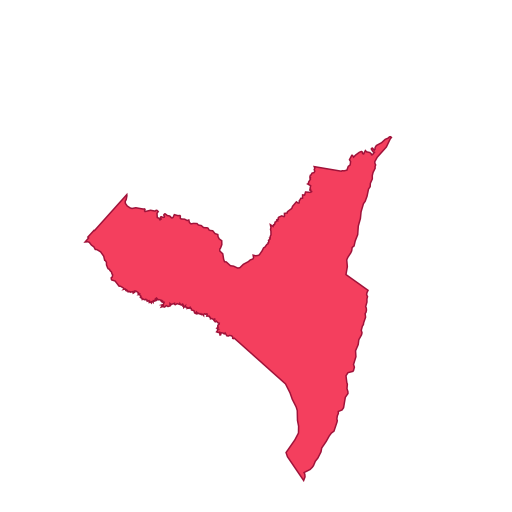 Juan B. Alberdi, Tucumán, Argentina (Robinson projection), rotated 210°
{"feature_id": "61730980B38664240857483", "entity_name": "Juan B. Alberdi", "entity_type": "district", "adm_level": 2, "iso_a3": "ARG", "parent_name": "Argentina", "parent_adm1": "Tucumán", "projection": "robinson", "projection_center": [-65.664, -27.636], "detail": "fine", "context": "isolated", "style": "filled", "palette": "rose", "viewbox_px": 512, "rotation_deg": 210, "n_neighbors": 0, "source": "geoboundaries", "source_scale": "gbopen_adm2", "svg_char_len": 6165}
<svg xmlns="http://www.w3.org/2000/svg" viewBox="0 0 512 512"><g transform="rotate(210 256 256)"><path d="M411.0,182.7L408.8,184.2L407.2,184.5L404.1,183.2L400.9,182.8L398.5,181.3L396.9,182.0L392.6,181.9L387.8,179.7L384.9,176.6L384.4,176.8L382.4,175.8L381.0,173.5L378.5,171.5L377.5,171.0L376.2,171.2L375.2,170.4L373.2,169.9L371.8,168.5L370.7,168.0L370.0,165.9L370.5,164.7L369.6,163.5L368.9,163.1L365.6,163.9L359.5,161.4L358.1,162.1L355.0,162.0L353.7,161.7L353.9,161.0L352.8,162.0L351.8,161.3L351.7,161.9L350.8,161.9L350.3,161.2L349.8,161.6L348.8,161.0L348.2,161.9L346.8,161.8L346.6,162.4L346.1,162.4L345.0,163.5L344.2,163.5L344.4,163.0L343.8,162.4L342.9,164.2L343.7,164.9L342.6,165.6L339.5,165.4L339.3,164.6L338.0,164.9L338.4,163.8L337.5,164.3L335.7,163.7L335.6,161.8L335.5,162.7L335.0,162.9L334.4,162.2L333.7,162.4L332.9,161.6L332.8,162.2L330.6,162.4L329.8,163.4L329.2,163.0L328.1,163.3L327.6,162.5L326.4,163.8L326.0,163.3L325.5,163.5L325.2,162.4L324.1,163.3L323.2,163.1L323.7,164.1L322.9,164.8L321.9,164.4L322.5,166.0L321.2,166.2L321.0,166.6L321.6,166.8L321.5,167.6L320.3,167.4L319.8,168.4L320.7,169.2L321.5,169.0L321.2,169.9L318.7,169.2L318.0,169.8L315.7,170.3L315.8,169.6L315.0,169.4L314.6,169.9L314.1,169.3L313.8,170.0L313.2,169.6L312.4,170.0L312.0,167.7L313.2,166.4L311.6,166.9L310.9,166.2L312.5,165.1L312.5,164.5L311.7,165.4L309.6,166.1L308.9,168.2L307.0,168.2L305.4,169.9L305.3,170.7L306.3,171.0L306.8,171.9L305.2,171.7L303.0,174.2L302.7,173.5L301.6,173.4L300.5,175.3L298.0,175.9L298.2,176.8L296.9,176.1L296.0,176.2L295.4,176.9L295.8,177.3L295.5,177.7L294.2,177.0L294.5,176.5L294.1,175.9L293.3,176.1L292.8,175.3L292.3,177.1L292.1,176.3L292.0,176.9L291.5,177.1L290.9,176.5L289.7,177.0L289.4,176.2L288.3,177.5L287.7,176.6L287.9,177.7L287.4,178.7L286.1,177.5L286.3,178.1L285.8,178.2L284.9,177.0L282.4,177.6L280.7,176.0L278.6,176.1L278.0,176.6L279.6,176.6L279.6,177.8L277.8,177.2L277.2,177.7L275.2,177.7L274.9,178.5L273.8,178.0L273.2,178.8L271.7,178.3L272.2,179.1L271.7,180.2L270.6,180.3L270.1,181.1L269.2,181.3L268.6,179.3L266.5,180.5L265.8,179.9L264.9,180.0L264.0,178.8L262.9,179.8L261.3,179.7L260.3,180.8L259.9,180.3L260.2,179.2L258.4,178.6L257.9,179.8L255.6,179.1L254.2,179.4L253.9,178.5L254.4,177.0L253.9,175.8L253.1,175.5L253.8,173.9L251.9,173.9L252.5,173.1L252.0,172.2L252.2,170.6L250.3,170.9L249.4,171.8L247.7,169.6L247.2,170.0L247.8,172.1L246.0,172.8L244.6,172.6L244.3,173.9L241.3,172.3L239.9,172.9L239.2,174.0L237.2,174.7L235.6,174.1L235.0,173.0L234.1,173.2L233.7,173.9L232.9,173.8L166.5,160.0L158.1,154.5L153.0,150.1L145.8,145.4L143.0,142.8L137.9,134.4L134.0,129.9L130.7,123.9L130.4,116.1L131.7,100.8L128.4,97.9L102.5,85.4L103.1,89.2L104.6,91.4L106.1,92.5L102.4,98.2L101.6,101.2L101.4,103.1L102.0,107.9L101.4,112.0L101.8,118.9L103.1,122.6L102.5,130.5L102.6,136.8L102.2,140.3L100.9,143.3L102.8,152.6L103.3,154.1L104.5,155.3L105.7,158.4L105.9,160.7L107.0,162.5L104.5,165.7L104.3,168.4L108.0,178.3L107.6,182.9L108.6,184.5L110.9,186.6L112.8,190.7L114.0,191.7L118.2,197.3L118.0,201.0L114.4,204.5L114.3,205.6L115.2,208.9L117.3,210.8L119.1,218.7L122.4,223.7L123.2,230.4L125.1,234.9L125.2,240.5L125.8,242.5L127.7,244.3L128.8,248.4L128.7,250.3L129.4,252.0L130.5,257.8L132.7,260.7L132.6,262.3L133.3,264.4L134.5,266.1L135.7,266.9L136.9,271.6L138.5,274.3L139.1,276.6L140.8,277.7L141.6,279.6L141.8,282.3L168.8,284.9L171.6,292.5L175.5,298.0L175.8,300.7L175.5,306.1L175.7,308.3L177.0,311.5L176.1,313.7L177.6,318.6L178.6,325.3L182.4,333.1L184.3,340.6L187.1,346.8L189.1,355.0L188.8,358.0L189.7,363.2L192.0,370.2L191.8,373.1L193.3,376.1L193.8,380.9L195.5,383.8L196.4,386.9L196.7,391.6L197.6,392.9L197.9,394.7L199.4,395.7L200.3,397.1L200.4,402.1L197.6,415.6L198.3,424.5L198.0,426.4L199.1,426.6L200.0,425.9L200.6,424.0L202.4,421.7L203.9,416.9L207.0,411.9L207.1,409.6L206.3,407.8L206.5,406.8L209.1,407.7L209.6,407.2L209.7,406.4L209.2,406.0L206.6,404.8L205.3,405.0L205.8,402.0L206.6,401.4L207.4,402.2L209.2,402.5L212.3,401.5L214.0,402.0L213.8,398.2L214.9,398.0L215.8,399.2L217.0,399.2L218.4,397.4L220.2,393.3L220.9,390.4L222.8,391.4L223.4,391.1L223.2,386.1L221.3,385.1L220.0,382.0L220.9,379.7L220.2,375.8L222.3,373.8L224.1,372.9L224.5,372.1L250.3,362.5L249.0,361.5L248.8,359.9L247.5,358.9L247.4,357.3L248.9,355.8L248.9,353.5L249.3,353.1L248.8,351.2L248.0,351.1L247.9,350.0L247.3,349.8L247.4,346.3L246.8,345.1L247.3,344.2L243.8,344.2L243.0,341.7L242.2,341.1L242.6,340.7L242.4,340.0L240.1,339.8L240.0,339.4L240.9,338.2L245.1,336.2L244.4,333.1L246.2,332.2L244.6,329.3L246.1,328.3L245.9,326.9L246.2,325.7L245.2,323.6L246.0,322.9L248.1,323.1L249.2,317.3L248.8,315.1L250.7,310.6L250.9,309.9L250.5,308.8L252.7,307.1L251.3,304.9L251.4,304.1L253.8,303.6L255.7,301.0L255.8,300.1L255.0,299.0L256.0,298.0L254.9,297.3L255.8,296.7L255.9,295.4L256.4,294.9L255.7,292.7L256.0,291.7L256.4,291.7L256.0,290.1L259.2,290.3L257.2,288.0L256.8,286.4L255.5,285.0L253.6,281.8L253.5,280.2L252.8,278.9L253.2,278.4L252.3,277.8L253.0,275.8L252.4,275.4L251.9,273.9L252.2,273.5L251.7,272.7L252.4,271.4L252.7,268.2L253.5,266.8L253.3,263.4L253.7,258.7L254.3,257.7L256.4,256.0L258.9,255.3L257.3,253.4L257.2,251.9L259.0,249.7L259.8,247.3L262.8,242.5L264.1,237.8L265.8,236.4L270.3,236.0L273.3,234.8L278.8,236.0L280.4,235.3L282.3,236.9L285.9,241.3L289.9,242.2L290.9,244.0L290.7,245.2L291.3,248.8L293.3,252.1L296.4,252.4L298.6,253.8L299.8,255.5L302.7,254.9L306.1,256.2L308.8,255.1L309.7,255.1L311.4,256.1L312.4,256.0L315.6,254.4L318.6,255.0L321.4,254.0L323.3,254.6L326.4,253.0L328.4,251.3L330.4,251.7L332.2,253.6L333.3,252.3L336.2,252.2L339.3,250.7L340.5,250.9L341.5,252.8L342.2,253.0L343.8,251.9L347.4,251.0L347.1,247.9L347.8,246.9L349.4,246.9L349.7,247.4L351.1,247.4L352.9,246.7L355.7,247.1L356.2,246.8L356.4,245.4L355.1,244.5L354.9,243.7L355.9,242.9L357.6,242.7L358.1,242.1L357.9,241.4L356.6,240.6L357.2,239.3L359.0,240.2L360.7,239.9L363.1,243.5L362.9,245.6L364.5,246.0L365.3,245.7L365.9,244.4L370.2,242.9L374.3,239.0L375.1,239.3L375.3,240.7L376.0,241.1L377.1,240.3L384.2,237.7L387.1,235.2L388.9,234.7L392.5,234.9L395.5,236.3L396.6,238.0L396.6,239.9L397.9,243.6L398.6,244.6L407.9,200.5L408.6,197.2L409.1,197.2L411.1,188.3L410.0,187.9L411.0,182.7Z" fill="#f43f5e" stroke="#9f1239" stroke-width="1.5"/></g></svg>